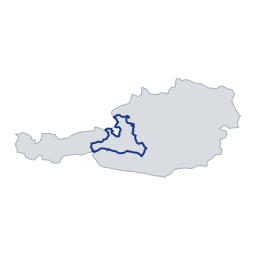 Salzburg on a map of Austria (Equal Earth projection)
{"feature_id": "AUT-2327", "entity_name": "Salzburg", "entity_type": "State", "adm_level": 1, "iso_a3": "AUT", "parent_name": "Austria", "parent_adm1": "", "projection": "equal_earth", "projection_center": [12.999, 47.494], "detail": "fine", "context": "in_parent", "style": "outline", "palette": "blue", "viewbox_px": 256, "rotation_deg": 0, "n_neighbors": 0, "source": "natural_earth", "source_scale": "10m", "svg_char_len": 6438}
<svg xmlns="http://www.w3.org/2000/svg" viewBox="0 0 256 256"><path d="M15.4,144.0L17.9,139.4L18.4,136.5L16.3,134.8L15.5,134.3L16.2,134.0L19.2,134.3L21.1,133.3L22.1,132.4L24.8,133.3L28.7,135.0L30.5,136.3L31.3,137.2L31.7,138.0L31.4,139.3L32.3,139.8L34.1,140.0L35.4,140.5L34.9,142.2L34.8,143.7L36.5,143.5L38.7,142.4L40.4,140.4L41.4,138.4L42.3,133.7L42.6,133.3L43.8,133.7L49.1,133.5L51.5,134.3L55.4,134.5L55.3,135.2L56.0,136.4L57.7,138.0L58.5,139.1L60.3,139.3L63.1,138.7L64.8,138.1L65.4,138.5L67.9,138.1L70.2,136.8L70.8,135.7L73.0,135.0L76.1,133.4L80.4,132.1L94.3,130.7L94.8,129.7L94.6,127.3L95.0,127.0L96.7,127.5L99.5,128.1L101.7,128.9L103.0,130.0L104.3,130.1L106.3,129.3L109.1,128.8L111.6,129.9L112.3,131.2L111.9,131.8L111.9,132.8L112.7,133.6L114.8,135.0L117.4,136.2L118.8,136.1L119.3,134.9L119.8,132.2L119.9,129.4L119.3,127.7L117.9,127.3L116.2,127.2L115.3,126.8L115.6,125.9L117.0,123.6L117.0,120.4L113.9,116.8L111.3,113.4L111.3,112.2L112.9,110.2L115.3,108.6L120.8,105.9L122.5,105.3L124.7,104.9L127.8,103.8L129.4,102.6L130.4,101.4L131.8,95.0L132.2,94.7L132.6,94.3L138.2,96.5L138.7,96.2L139.6,95.8L141.4,94.1L141.8,92.8L141.7,90.4L141.9,88.1L142.2,87.4L143.1,87.6L145.4,88.8L147.3,90.2L149.1,93.5L153.3,94.4L158.5,94.5L160.3,93.0L162.0,92.7L163.9,93.1L168.0,93.7L168.4,90.9L170.7,88.1L171.7,87.1L174.7,87.2L175.4,85.1L176.1,79.2L176.7,78.6L178.8,78.7L181.0,79.8L181.6,80.7L182.7,80.6L184.3,80.0L186.0,79.6L188.7,80.2L194.5,82.9L197.5,83.9L199.3,83.7L201.1,83.7L208.0,87.8L212.7,88.4L217.1,88.4L218.4,87.2L220.3,86.1L222.2,86.3L223.9,86.8L227.2,88.6L228.7,89.1L230.8,89.3L232.2,89.7L233.6,92.9L234.4,93.7L234.3,94.1L234.1,95.5L233.0,97.3L231.9,99.6L232.0,101.7L235.3,108.8L238.2,113.1L238.8,114.8L240.6,116.0L239.0,117.6L238.7,120.0L237.6,121.1L237.3,122.4L237.8,123.7L237.9,125.2L238.5,127.4L235.8,127.8L232.5,127.8L231.3,127.9L230.3,128.5L229.1,128.2L226.1,126.2L224.4,125.7L223.3,125.8L222.4,126.7L220.9,127.8L219.5,128.6L219.8,129.3L226.0,131.1L227.1,133.9L226.0,136.1L225.6,137.2L224.2,138.1L222.5,138.9L220.3,139.1L220.1,140.3L221.0,143.9L220.4,144.7L219.7,145.8L220.4,148.8L221.7,149.0L222.0,149.6L221.8,150.8L221.6,152.1L221.2,153.5L221.0,154.1L220.1,154.5L217.3,154.3L215.0,155.4L210.3,159.6L208.7,160.3L206.9,162.0L207.1,165.6L206.9,166.0L206.4,166.7L200.7,165.4L196.7,165.9L194.2,167.6L191.0,168.5L184.4,168.0L178.0,168.7L176.4,169.2L174.8,169.5L173.2,170.4L172.3,171.8L170.7,173.6L168.5,174.9L166.0,176.0L165.4,176.9L164.6,177.4L163.2,176.7L162.1,176.8L160.7,176.3L156.2,175.8L151.1,175.0L148.8,174.2L146.0,173.6L143.1,173.1L140.5,173.0L139.2,172.8L133.0,171.4L128.8,171.3L123.4,170.7L112.5,168.7L109.4,167.9L106.4,167.6L102.8,166.9L100.1,165.7L98.4,163.5L96.6,160.6L93.2,156.8L92.5,154.9L93.5,153.3L94.6,152.0L94.5,151.5L93.7,151.2L87.7,152.8L82.0,154.9L79.7,154.9L77.5,154.5L74.6,154.4L71.8,155.0L66.2,155.3L62.9,156.8L60.7,159.7L59.6,162.1L58.6,162.9L56.6,163.2L53.7,163.0L51.7,162.3L49.6,160.2L46.3,159.9L43.4,159.9L42.6,159.5L42.6,158.2L41.5,155.7L39.6,154.9L34.4,159.6L33.1,160.0L29.0,158.7L25.5,156.7L25.1,155.3L24.6,154.1L21.6,152.9L17.9,152.1L16.8,152.1L17.2,151.4L17.7,150.2L17.4,149.3L16.6,148.3L16.1,147.2L16.0,146.2L15.8,145.4L15.6,144.6L15.4,144.0Z" fill="#d9dde1" stroke="#a8b0b8" stroke-width="1"/><path d="M94.7,151.8L94.7,151.3L94.0,151.1L92.6,151.3L92.6,151.1L92.5,149.7L92.4,149.3L92.2,148.8L92.0,148.6L91.5,148.2L91.3,148.0L91.2,147.6L91.1,147.2L91.1,146.5L91.2,145.9L91.6,144.4L91.5,143.6L92.4,143.3L92.8,143.2L93.7,143.2L97.0,142.2L98.0,141.6L98.5,141.6L98.8,141.6L99.5,142.0L99.9,142.1L100.3,142.1L101.3,142.0L101.9,141.8L102.3,141.6L102.6,141.3L102.9,140.9L103.2,140.2L103.4,139.8L103.6,139.6L103.8,139.5L104.1,139.5L105.6,139.3L105.9,139.2L106.2,139.0L106.5,138.8L106.7,138.6L106.9,138.3L107.5,137.1L107.8,136.7L108.4,136.0L108.6,135.7L108.8,135.4L108.8,135.1L108.2,133.8L108.1,133.3L108.0,133.0L108.2,132.7L108.1,132.4L107.8,132.1L106.8,131.5L106.2,131.0L105.4,129.9L106.5,129.1L107.0,128.8L108.1,128.6L109.1,128.6L110.8,129.0L111.3,128.9L111.0,129.6L111.5,130.1L112.2,130.5L112.8,131.0L112.0,131.3L111.6,132.2L111.8,133.2L112.5,133.7L113.0,133.7L113.3,133.8L113.5,134.0L114.9,135.3L116.3,136.3L116.6,136.4L116.9,136.3L117.1,136.2L117.4,136.2L117.7,136.3L117.9,136.5L118.1,136.6L118.4,136.5L118.6,136.4L119.4,135.5L119.4,135.2L119.3,134.8L119.2,134.6L119.2,134.3L119.2,133.7L119.5,133.0L119.6,132.9L119.5,132.1L120.0,131.5L120.0,131.4L120.4,130.7L120.5,130.6L120.5,130.1L120.6,129.7L120.5,129.2L120.2,128.6L119.7,127.8L119.3,127.4L118.9,127.2L118.5,127.1L117.7,127.4L117.3,127.4L115.6,127.2L115.1,126.8L115.7,126.0L115.9,125.7L116.0,125.2L116.2,124.7L118.1,122.1L117.9,121.9L117.3,121.1L116.3,119.1L115.8,118.7L115.6,118.6L115.0,118.1L114.3,117.7L114.0,117.4L113.9,117.0L113.9,116.9L114.5,116.7L115.8,116.4L116.2,116.2L116.3,116.0L116.5,115.5L116.9,115.2L117.4,115.1L118.7,115.0L119.4,115.1L120.1,115.5L121.0,116.3L121.3,116.4L122.4,116.8L123.6,116.9L125.3,116.7L127.3,115.9L128.2,116.5L128.5,116.6L129.0,117.0L129.0,117.3L128.7,117.6L128.3,117.7L127.8,117.6L127.1,117.4L126.8,117.5L126.7,117.6L126.6,117.8L126.5,118.1L126.4,118.5L126.3,119.6L126.4,120.1L126.5,120.6L126.8,122.0L127.0,122.3L127.2,122.6L127.7,122.9L133.0,123.9L133.7,124.5L133.4,124.9L132.9,124.9L131.7,125.0L131.5,125.3L131.6,125.6L131.9,125.8L132.2,126.0L132.8,126.2L133.5,126.3L133.7,126.7L133.9,127.0L132.8,129.9L133.3,130.6L133.4,130.9L133.3,131.3L133.1,131.6L132.7,132.3L132.5,132.8L132.6,133.4L132.8,133.9L133.9,134.8L135.6,135.8L135.3,136.3L135.1,137.0L135.1,137.3L135.4,138.7L136.3,141.3L137.0,142.7L138.0,143.4L138.5,143.7L138.9,143.8L139.3,143.7L139.7,143.4L140.2,143.3L141.1,143.2L141.5,142.9L142.0,142.8L142.4,143.0L142.8,143.9L143.5,144.8L143.7,145.1L143.7,145.4L143.9,145.9L144.1,146.2L145.1,147.3L146.0,147.9L146.2,148.2L146.2,148.6L145.6,149.2L144.7,150.0L144.5,150.3L144.4,150.8L144.5,151.6L144.3,152.0L144.0,152.7L142.7,154.8L141.6,156.1L140.7,155.1L138.2,153.3L137.1,152.9L136.3,152.6L135.0,152.6L132.0,152.0L131.4,151.9L128.7,151.3L127.5,151.0L126.9,151.0L126.5,151.1L125.7,151.8L125.1,152.2L123.5,152.9L122.3,153.1L120.1,153.2L119.2,153.2L118.7,153.0L118.2,152.8L115.8,151.4L114.4,151.0L113.4,150.9L111.6,150.5L110.2,149.9L109.0,149.3L108.7,149.1L108.4,149.1L108.2,149.3L108.1,149.5L107.9,149.8L107.5,150.1L106.3,149.1L105.8,148.8L105.2,148.7L104.4,148.6L103.6,148.4L102.8,148.4L101.8,148.5L101.0,148.5L100.4,148.6L99.9,148.8L98.2,150.3L95.5,151.4L94.7,151.8Z" fill="none" stroke="#1e3a8a" stroke-width="2"/></svg>